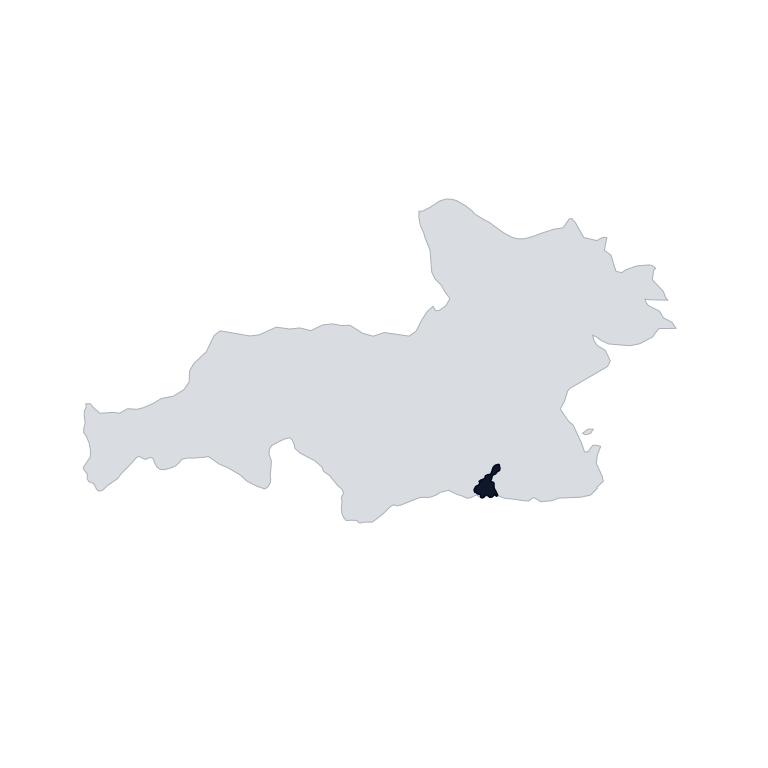 Usi, Chagang-do, North Korea shown in context, rotated 214°
{"feature_id": "82179303B10804861284408", "entity_name": "Usi", "entity_type": "district", "adm_level": 2, "iso_a3": "PRK", "parent_name": "North Korea", "parent_adm1": "Chagang-do", "projection": "natural_earth1", "projection_center": [125.541, 40.577], "detail": "fine", "context": "in_parent", "style": "filled", "palette": "ink", "viewbox_px": 768, "rotation_deg": 214, "n_neighbors": 0, "source": "geoboundaries", "source_scale": "gbopen_adm2", "svg_char_len": 5910}
<svg xmlns="http://www.w3.org/2000/svg" viewBox="0 0 768 768"><g transform="rotate(214 384 384)"><path d="M451.7,546.9L449.0,548.4L444.6,556.3L440.4,566.4L436.3,571.8L431.6,574.8L426.6,576.6L416.4,577.4L407.3,576.7L404.3,575.6L391.8,576.2L388.2,576.9L370.2,576.2L360.7,577.0L354.7,578.9L348.7,583.0L343.4,589.2L338.8,595.7L329.4,607.7L322.8,613.6L322.8,622.0L322.7,624.6L320.4,626.3L319.6,625.6L315.7,624.9L300.3,617.2L287.7,621.9L284.5,628.1L281.1,630.0L276.1,618.0L267.8,617.7L254.7,607.1L249.1,609.3L247.7,613.5L240.5,623.2L230.5,631.2L227.2,632.3L223.5,631.7L224.1,629.5L220.0,620.5L204.1,616.9L198.5,613.0L195.6,612.2L211.1,602.2L215.1,600.4L212.1,598.0L208.8,596.9L196.1,598.4L189.4,595.1L179.7,596.2L173.0,593.5L187.0,583.7L187.6,577.9L187.5,573.5L194.5,560.4L201.6,553.2L220.0,542.9L227.9,541.5L233.7,541.9L238.5,541.0L233.5,537.0L228.6,535.2L219.2,535.6L209.3,529.7L208.5,523.5L227.5,484.2L227.8,480.6L224.8,471.0L223.9,461.7L210.3,456.4L204.2,455.7L186.8,445.2L179.8,439.9L177.1,441.5L176.6,449.9L174.1,451.8L169.5,453.4L167.2,443.8L163.5,436.8L151.9,429.8L147.8,425.9L149.8,417.5L148.8,416.7L150.7,407.3L157.8,400.0L175.3,387.1L179.7,381.0L188.6,373.9L192.5,374.0L196.6,373.4L197.9,370.3L198.8,367.8L202.4,365.6L210.8,361.7L220.5,356.5L228.1,355.0L237.6,347.3L241.4,343.8L245.2,343.8L246.3,342.3L248.5,338.2L251.5,335.6L255.6,335.1L262.4,333.2L271.0,332.0L276.8,325.5L278.8,320.8L282.6,315.7L290.7,310.1L296.3,301.9L302.5,292.9L305.5,290.0L308.4,289.4L310.1,286.1L312.0,276.5L314.9,267.3L316.5,262.9L323.7,258.1L325.5,255.8L327.1,255.0L330.4,255.6L334.9,252.8L339.0,249.7L342.9,250.8L346.8,253.4L350.8,258.5L352.7,262.6L355.9,266.0L356.5,271.0L359.8,273.2L366.6,274.2L377.8,277.6L385.0,277.8L389.1,280.4L397.8,281.7L415.0,279.8L422.0,280.9L425.0,284.0L429.4,286.5L432.3,286.6L436.0,282.4L440.0,275.5L442.7,270.2L442.5,266.0L440.1,261.5L434.4,257.3L430.6,250.9L427.0,244.1L424.9,242.0L423.1,238.7L422.8,233.7L424.0,230.4L432.5,228.1L443.5,226.8L452.4,228.2L467.3,227.2L476.3,225.4L483.1,225.7L489.3,225.6L492.1,222.7L500.7,215.9L504.8,213.4L509.4,208.7L510.0,203.8L510.9,199.9L513.4,195.7L517.9,190.4L521.7,188.0L526.0,188.3L530.6,190.7L533.6,193.1L536.8,192.5L539.4,188.3L541.2,187.6L546.4,187.2L548.0,184.7L549.8,172.6L551.6,163.1L552.0,156.5L556.4,145.4L557.7,138.8L560.4,135.7L563.6,136.0L566.3,137.9L569.7,139.0L574.2,138.0L577.3,139.7L579.3,143.2L586.0,145.7L586.6,147.5L586.7,159.4L590.4,165.0L595.4,170.1L602.1,174.7L605.7,175.7L607.9,179.0L610.0,184.7L614.9,190.2L617.4,194.3L618.0,198.5L620.2,200.8L616.5,203.4L611.4,201.9L603.1,200.9L592.6,209.1L586.8,212.0L582.8,220.1L574.6,224.9L570.1,230.0L564.4,238.9L560.6,247.4L551.8,256.2L546.8,267.2L546.6,276.6L552.5,286.3L553.1,294.5L549.4,311.4L551.9,329.4L549.5,336.5L522.1,348.8L515.0,354.9L505.1,370.9L492.8,376.9L485.2,383.4L474.6,387.2L468.0,398.5L460.6,404.9L451.7,408.8L445.1,413.7L430.2,414.1L419.8,417.5L412.4,426.9L390.0,437.7L386.9,445.8L388.5,458.3L388.7,467.9L386.8,475.8L381.9,473.6L379.2,476.1L376.4,483.4L377.2,491.8L385.0,494.4L391.3,497.8L400.3,499.6L406.9,503.4L421.0,521.0L432.5,528.7L435.5,531.5L442.1,535.4L448.2,541.5L451.7,546.9ZM189.6,460.8L185.3,463.5L185.1,458.7L188.4,454.6L191.8,454.1L189.6,460.8Z" fill="#d9dde1" stroke="#a8b0b8" stroke-width="1"/><path d="M248.1,345.1L248.0,345.3L247.9,345.3L247.7,345.4L247.7,345.5L247.4,345.5L247.2,345.5L246.9,345.5L246.7,345.4L246.4,345.4L246.2,345.3L245.8,345.2L245.7,345.2L245.4,345.2L245.2,345.2L245.0,345.3L244.9,345.3L244.7,345.3L244.4,345.4L244.2,345.5L243.9,345.6L243.7,345.6L243.4,345.8L243.2,345.8L242.9,345.9L242.7,345.9L242.6,346.0L242.4,346.0L242.2,346.0L241.9,346.0L241.7,345.9L241.5,345.7L241.4,345.6L241.3,345.4L241.2,345.3L241.2,345.2L241.0,344.9L240.9,344.8L240.9,344.7L240.7,344.4L240.5,344.2L240.4,344.2L240.2,344.2L239.9,344.2L239.7,344.2L239.5,344.3L239.4,344.3L239.2,344.4L239.1,344.5L238.9,344.6L238.7,344.7L238.7,344.8L238.4,345.0L238.2,345.3L238.1,345.5L237.9,345.7L237.9,345.8L237.8,346.0L237.8,346.3L237.8,346.5L237.8,346.8L237.8,347.1L237.8,347.3L237.8,347.5L237.8,347.8L237.8,348.0L237.7,348.1L237.7,348.3L237.6,348.5L237.4,348.7L237.4,348.8L237.3,349.0L237.2,349.1L237.0,349.3L236.9,349.4L236.8,349.5L236.7,349.5L236.4,349.6L236.2,349.6L235.9,349.7L235.7,349.7L235.4,349.6L235.2,349.5L234.9,349.4L234.7,349.4L234.4,349.3L234.2,349.3L233.9,349.3L233.7,349.3L233.4,349.3L233.2,349.3L232.9,349.3L232.7,349.4L232.6,349.5L232.4,349.6L232.2,349.7L232.2,349.8L232.0,350.0L231.9,350.0L231.7,350.3L231.6,350.5L231.4,350.7L231.3,350.8L231.2,350.9L231.2,351.0L231.0,351.3L231.0,351.5L230.9,351.7L230.9,351.8L230.9,352.0L230.8,352.3L230.8,352.5L230.7,352.8L230.7,353.0L230.7,353.3L230.6,353.5L230.7,353.8L230.8,353.9L230.8,354.0L230.7,354.1L230.5,354.3L230.4,354.3L230.2,354.4L229.9,354.4L229.7,354.4L229.5,354.2L229.4,354.1L229.2,354.0L228.9,353.9L228.7,353.9L228.4,353.9L228.2,353.9L228.1,354.0L227.9,354.0L227.7,354.2L227.7,354.3L227.6,354.5L227.5,354.8L227.5,355.0L227.6,355.3L227.7,355.5L229.1,356.3L231.3,357.7L232.8,358.4L233.3,358.6L234.3,359.2L235.2,360.1L235.5,360.6L237.3,363.2L237.8,363.5L239.0,363.5L240.2,363.0L240.7,362.9L241.3,363.2L241.6,364.2L241.6,364.7L242.0,366.3L242.4,367.2L242.9,368.2L242.9,368.8L242.3,370.3L241.6,371.3L241.3,371.7L241.1,373.3L241.0,374.6L240.9,375.1L240.2,376.2L240.0,376.7L240.0,377.3L240.3,378.2L240.5,378.7L241.4,379.6L241.8,380.0L243.4,381.5L244.5,381.2L244.8,380.6L245.5,379.9L246.0,379.4L246.2,378.8L246.7,377.8L246.7,377.1L246.8,376.5L246.8,376.2L246.8,375.5L246.5,374.5L246.3,373.5L245.8,372.4L245.6,370.9L245.3,369.9L245.1,368.3L245.8,368.1L247.3,366.8L247.6,366.3L248.1,365.3L248.6,364.5L248.3,363.7L247.8,362.5L247.9,361.4L248.6,360.7L249.1,359.6L250.1,358.4L250.6,356.6L250.3,356.6L249.6,355.8L249.1,354.8L249.1,353.7L249.4,352.5L250.1,351.4L250.6,350.4L250.6,349.4L250.4,348.6L250.4,347.9L250.2,346.8L249.9,346.3L249.3,345.8L248.1,345.1Z" fill="#0f172a" stroke="#020617" stroke-width="1.5"/></g></svg>